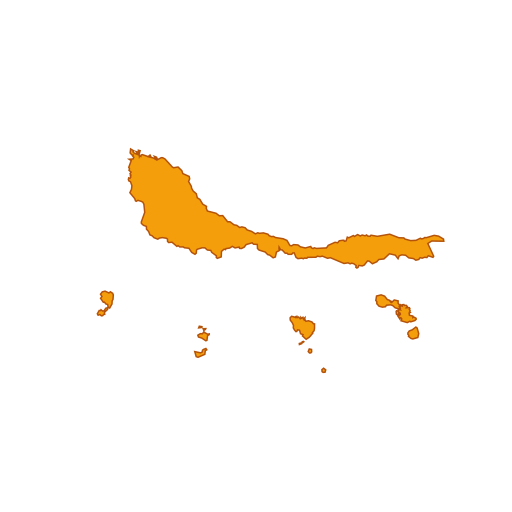 Namatanai District, New Ireland, Papua New Guinea, rotated 145°
{"feature_id": "67681753B4611744074236", "entity_name": "Namatanai District", "entity_type": "district", "adm_level": 2, "iso_a3": "PNG", "parent_name": "Papua New Guinea", "parent_adm1": "New Ireland", "projection": "albers", "projection_center": [152.429, -3.72], "detail": "fine", "context": "isolated", "style": "filled", "palette": "amber", "viewbox_px": 512, "rotation_deg": 145, "n_neighbors": 0, "source": "geoboundaries", "source_scale": "gbopen_adm2", "svg_char_len": 6177}
<svg xmlns="http://www.w3.org/2000/svg" viewBox="0 0 512 512"><g transform="rotate(145 256 256)"><path d="M92.7,162.3L95.0,167.5L98.2,170.7L106.2,173.4L107.0,174.3L109.1,174.4L110.9,175.3L111.2,176.3L115.9,177.0L120.5,179.9L124.3,184.5L124.5,186.0L128.5,189.0L134.0,197.2L145.3,202.5L149.9,207.1L151.2,206.7L153.1,208.3L153.3,209.8L155.1,210.0L157.0,212.3L159.1,212.6L160.5,215.3L164.1,215.5L164.5,216.9L169.5,217.7L170.4,219.1L173.5,216.7L175.2,217.4L175.0,218.5L175.9,219.1L179.0,220.7L181.5,220.0L183.4,221.9L190.7,223.3L193.6,222.2L202.1,227.5L203.6,229.3L205.0,229.4L205.9,230.9L205.7,232.4L211.0,234.3L214.4,238.1L215.3,241.0L218.7,243.8L221.0,243.9L222.2,245.2L221.7,251.0L223.9,254.6L229.5,260.0L230.5,262.1L232.1,262.9L233.6,265.1L233.7,267.0L236.7,270.7L240.2,272.6L241.2,274.0L243.8,274.5L245.5,278.7L248.3,282.4L248.7,285.4L250.9,288.0L253.0,288.7L254.2,292.2L256.1,294.1L257.7,299.0L259.6,300.3L260.1,308.2L263.0,310.0L264.2,313.9L270.0,320.7L269.4,323.6L268.1,325.0L269.9,329.0L269.5,334.6L270.7,337.3L269.2,341.3L270.2,345.2L269.9,348.4L269.0,350.2L268.5,355.7L266.1,357.2L265.1,359.5L268.7,365.5L267.8,368.5L268.8,373.6L272.9,375.6L273.5,376.8L274.9,387.7L276.1,390.1L277.3,390.9L282.2,391.5L284.0,395.4L286.6,398.3L285.1,398.0L284.9,399.5L287.3,399.3L291.0,404.3L292.3,404.6L293.2,403.6L293.9,404.6L294.5,404.3L293.8,405.5L296.8,410.3L297.0,411.9L295.8,412.2L297.3,415.6L300.0,412.6L299.7,409.9L298.7,409.1L299.7,408.5L299.4,407.0L301.1,406.0L304.4,408.0L303.5,405.7L309.4,401.6L309.6,400.0L310.9,399.0L310.2,396.4L312.1,395.6L312.0,394.0L313.0,393.8L313.2,392.5L314.7,391.9L315.4,393.0L316.6,392.0L317.1,390.5L316.2,388.9L317.3,384.8L319.8,382.0L323.0,380.2L322.4,372.6L323.1,370.3L322.7,369.5L320.8,369.3L318.8,366.8L317.8,365.0L318.2,362.6L322.1,355.6L330.5,349.6L331.2,348.4L330.6,345.7L328.8,343.1L330.3,340.8L329.9,337.6L330.8,334.2L329.4,332.0L329.1,329.6L326.8,326.1L324.9,326.1L322.2,324.8L319.2,321.9L318.8,320.6L320.1,318.7L319.8,317.1L316.9,315.5L315.3,309.3L313.9,309.2L313.2,307.1L310.4,305.2L309.9,303.8L306.5,300.8L306.6,295.8L305.0,292.4L303.3,292.6L301.3,295.0L300.2,295.2L295.4,293.6L293.2,292.0L292.4,288.8L289.8,286.5L290.2,284.5L288.3,278.8L289.3,277.8L289.1,276.3L285.0,275.2L281.6,279.6L278.2,279.9L277.3,278.7L276.3,279.3L273.0,277.6L269.9,277.5L268.5,274.6L264.7,273.0L265.1,271.7L263.7,270.5L260.7,270.0L257.5,271.0L251.6,269.0L251.3,267.1L248.3,264.7L250.5,261.3L250.1,259.1L246.2,254.0L245.6,250.4L244.3,248.9L243.0,244.7L240.7,244.1L237.0,247.5L233.8,247.1L232.9,248.9L232.0,250.0L232.3,247.0L231.1,245.9L230.5,241.6L228.9,240.4L228.7,238.9L225.8,236.9L224.2,237.4L222.9,236.6L224.0,232.0L223.2,229.8L219.8,228.0L218.8,226.6L217.7,226.6L215.6,225.0L214.5,225.3L207.6,220.6L205.9,220.7L203.9,218.7L201.7,217.8L198.7,213.1L196.1,212.0L188.2,199.4L184.5,197.6L183.4,195.6L181.8,195.3L180.4,193.7L179.4,190.7L180.7,189.6L180.3,188.3L179.0,188.1L177.2,189.3L174.6,186.9L172.5,186.5L167.5,188.0L166.2,186.8L165.1,182.9L160.4,182.0L157.4,182.7L152.9,180.2L145.4,181.3L141.4,176.8L141.2,172.3L138.6,174.0L135.9,173.3L133.0,170.8L131.9,166.8L128.5,163.6L127.5,160.9L124.7,159.8L122.5,160.5L121.1,158.9L118.5,158.2L116.9,156.7L114.7,157.4L111.8,153.4L110.6,153.9L108.1,167.7L103.5,167.5L93.7,160.4L92.7,162.3ZM262.7,159.0L258.8,158.9L253.8,160.2L253.8,160.8L251.3,161.5L249.6,163.1L247.0,166.8L247.8,167.5L248.0,169.9L250.2,172.9L252.6,173.9L252.4,175.2L253.1,175.5L251.3,177.4L253.3,177.1L252.7,178.9L254.4,178.9L254.5,179.8L255.0,179.0L255.8,179.2L256.1,181.6L257.3,181.8L257.1,183.1L258.6,182.6L258.6,183.6L259.2,183.5L261.4,186.2L263.5,185.8L264.7,183.9L264.6,180.4L265.1,177.7L266.7,175.7L266.9,173.4L266.7,171.2L265.9,170.8L264.3,171.7L262.9,170.2L264.1,166.8L262.6,164.6L263.8,163.9L262.7,159.0ZM162.9,112.0L161.1,112.3L160.6,113.2L161.8,115.6L162.8,115.6L162.0,116.9L164.3,119.4L163.3,121.5L161.9,121.2L162.0,122.4L161.1,122.9L161.1,124.3L160.2,124.5L160.0,125.7L162.6,127.4L161.0,127.8L161.2,129.4L162.8,130.4L162.7,131.4L164.1,132.2L164.8,131.1L165.5,132.9L166.4,131.7L167.4,131.9L167.9,130.1L168.9,130.1L168.7,129.1L170.4,130.3L171.1,129.1L172.3,130.5L173.0,130.2L174.3,127.9L174.0,126.7L172.0,126.9L171.3,128.4L170.7,126.3L171.2,125.4L172.3,125.8L172.8,124.3L172.6,125.9L174.2,125.4L174.3,121.9L173.2,122.7L172.6,121.9L172.7,120.9L174.3,119.7L170.3,114.7L167.4,114.3L167.0,113.3L162.9,112.0ZM169.2,130.7L168.0,131.0L167.6,132.7L166.4,133.0L166.7,135.8L165.3,137.7L168.0,140.7L171.1,140.2L171.3,141.4L172.0,140.8L172.2,143.5L173.4,144.9L173.7,149.4L175.8,152.4L180.2,154.1L183.4,150.8L183.2,149.4L184.4,147.6L184.0,144.3L181.8,141.6L179.1,140.2L177.3,140.8L173.8,138.8L172.5,137.2L171.7,133.7L169.2,130.7ZM407.6,310.5L407.6,305.7L406.6,305.1L406.5,302.8L405.3,301.4L406.4,299.2L405.7,297.3L401.5,299.3L399.6,301.7L398.0,302.5L395.2,306.0L394.8,307.6L395.8,310.2L397.7,310.1L399.8,313.8L402.5,314.8L405.3,313.9L405.4,311.2L407.6,310.5ZM175.1,98.1L170.2,96.4L167.2,99.1L165.3,104.6L165.8,106.1L170.3,105.9L173.4,106.7L175.7,105.9L176.5,104.7L176.3,103.4L177.2,102.7L176.3,99.5L175.1,98.1ZM347.5,219.9L345.7,215.3L344.5,215.1L341.3,218.6L339.5,218.4L339.0,219.0L340.4,219.6L342.5,223.7L344.5,223.0L346.1,224.3L349.1,224.5L349.6,222.6L347.5,219.9ZM361.6,206.3L354.3,204.8L351.9,207.5L350.1,207.4L350.1,209.0L352.6,209.6L353.9,209.5L355.1,208.2L356.9,208.4L361.0,212.8L362.7,207.9L361.6,206.3ZM414.0,295.5L413.4,295.0L412.4,296.8L408.4,297.3L406.8,298.6L409.1,299.4L411.9,298.2L413.3,299.0L413.8,300.9L414.7,300.5L415.7,301.3L419.1,299.7L419.3,298.1L417.4,297.5L417.0,295.7L415.9,295.1L414.0,295.5ZM265.0,125.3L267.2,125.1L268.2,123.4L267.8,122.2L266.1,121.2L264.2,122.7L265.0,125.3ZM265.7,149.3L268.0,147.8L267.8,145.9L266.7,145.2L265.4,145.5L264.1,147.6L265.7,149.3ZM294.3,408.4L293.0,406.7L290.5,408.7L291.7,410.1L292.9,408.5L294.3,410.2L294.3,408.4ZM341.0,226.8L341.5,224.6L340.8,225.3L339.6,224.8L338.8,225.3L341.0,226.8ZM344.2,230.0L341.3,228.5L340.8,229.1L342.7,231.0L344.2,230.0ZM282.1,395.9L282.3,394.0L281.1,392.5L280.8,394.0L282.1,395.9ZM271.2,158.6L268.8,158.0L267.9,158.5L270.7,159.5L271.2,158.6ZM267.0,159.1L266.9,158.3L266.0,158.3L266.1,158.8L267.0,159.1Z" fill="#f59e0b" stroke="#b45309" stroke-width="1.5"/></g></svg>